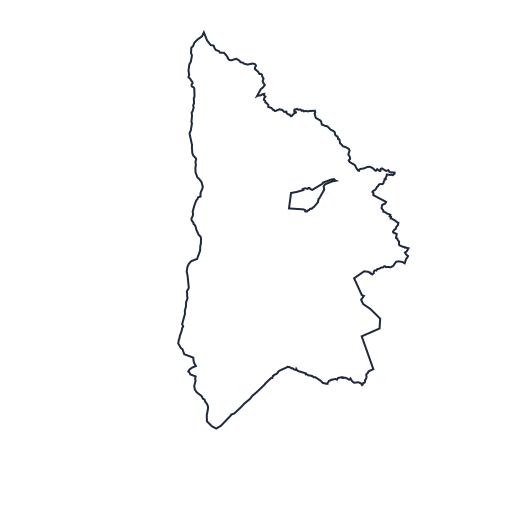 the district of Hwange, Matabeleland North, Zimbabwe, rotated 29°
{"feature_id": "62879985B77670672881921", "entity_name": "Hwange", "entity_type": "district", "adm_level": 2, "iso_a3": "ZWE", "parent_name": "Zimbabwe", "parent_adm1": "Matabeleland North", "projection": "robinson", "projection_center": [26.512, -18.839], "detail": "fine", "context": "isolated", "style": "outline", "palette": "slate", "viewbox_px": 512, "rotation_deg": 29, "n_neighbors": 0, "source": "geoboundaries", "source_scale": "gbopen_adm2", "svg_char_len": 6114}
<svg xmlns="http://www.w3.org/2000/svg" viewBox="0 0 512 512"><g transform="rotate(29 256 256)"><path d="M336.8,115.8L332.8,117.7L331.8,117.7L330.1,116.8L329.0,118.2L328.0,118.6L323.7,118.3L322.8,119.5L323.6,121.1L323.5,121.4L322.8,121.7L319.9,121.3L319.7,123.1L319.2,123.5L315.0,122.5L311.9,122.9L309.8,124.7L307.9,127.1L305.3,129.1L304.4,130.4L304.8,131.5L304.2,131.8L301.7,130.8L298.5,128.6L292.5,128.4L290.9,127.7L290.7,127.1L291.3,125.8L291.2,125.3L289.8,123.7L287.5,122.4L286.8,118.6L285.5,117.4L282.7,117.2L278.7,117.9L277.0,117.1L274.9,116.7L272.8,114.0L272.0,113.5L271.0,113.8L269.5,112.0L268.2,112.1L266.5,111.6L265.0,109.7L263.7,109.2L259.9,109.3L255.6,108.0L252.9,108.8L251.1,108.8L250.0,109.2L247.7,106.8L246.7,106.3L241.3,106.2L238.2,103.1L238.3,101.8L237.1,100.4L232.9,103.0L231.0,104.5L229.0,105.0L227.8,106.3L226.4,105.9L225.5,106.9L224.1,106.3L221.5,107.7L220.7,107.4L219.5,108.7L219.0,108.8L218.7,109.3L219.1,110.7L219.7,111.0L221.1,110.8L221.4,111.2L219.9,113.1L220.0,114.2L219.4,115.3L219.4,116.2L218.7,116.9L216.8,116.0L216.0,116.5L213.6,116.3L212.5,115.0L211.0,116.3L208.0,115.5L206.9,116.0L205.5,116.2L202.9,119.5L201.9,120.1L200.5,119.5L199.8,119.9L197.8,119.0L194.5,119.7L193.6,118.0L190.8,117.0L189.8,117.2L188.9,115.9L187.2,115.6L186.6,114.0L187.0,112.1L185.0,111.6L184.6,110.2L183.2,111.4L182.2,113.3L179.9,114.8L179.4,115.6L179.3,107.7L180.4,105.1L180.8,102.1L178.7,101.2L177.0,99.8L176.6,97.2L174.6,96.1L173.3,94.6L172.2,94.3L170.7,95.1L168.5,93.8L164.4,93.0L163.7,91.5L163.8,89.6L162.7,88.9L161.5,88.7L159.6,89.4L155.9,92.6L152.4,93.6L150.8,93.3L148.4,94.0L146.9,93.2L143.0,93.1L139.8,96.6L137.6,97.5L135.5,96.8L135.4,96.3L132.9,95.0L129.5,93.8L126.0,95.6L124.3,94.8L120.9,95.3L118.7,94.1L117.0,92.5L114.1,93.5L108.7,91.2L102.0,85.7L102.3,90.0L100.0,94.8L98.7,99.2L99.2,103.1L98.5,104.7L98.6,105.5L100.6,109.7L101.6,110.8L102.4,111.2L102.9,112.0L104.8,117.7L104.8,120.7L107.1,126.6L109.7,129.9L110.2,132.3L112.1,132.8L116.2,134.8L116.7,135.6L116.6,137.5L117.1,138.3L117.9,138.8L119.9,138.8L120.8,139.4L124.2,145.1L125.0,146.7L125.1,148.1L127.8,152.6L127.9,154.2L128.3,155.1L129.5,156.3L130.4,160.4L130.2,161.7L132.1,164.5L134.6,170.2L135.7,171.0L138.2,178.2L138.2,179.9L138.7,181.4L146.3,190.0L147.3,192.1L150.5,197.0L152.6,198.6L155.8,199.6L156.7,200.2L157.4,203.0L159.1,205.2L160.3,208.4L162.7,212.3L166.7,215.7L168.7,216.1L172.4,217.7L175.7,221.0L176.4,222.8L176.8,227.1L177.9,229.9L178.7,230.9L176.9,232.8L177.2,234.5L176.8,236.4L177.6,241.7L179.1,247.9L180.9,250.3L181.4,252.9L181.3,254.0L181.8,255.4L183.4,256.6L184.7,256.9L185.9,258.3L187.1,258.4L188.6,259.3L191.4,262.2L195.8,265.4L197.8,265.8L198.5,266.3L199.4,267.3L201.9,272.1L202.3,274.0L204.5,278.4L205.9,287.1L201.8,292.0L201.1,295.2L201.2,298.3L201.6,299.5L202.9,303.2L205.7,306.4L212.3,315.9L212.7,316.8L212.7,320.5L214.4,322.8L215.1,324.4L216.5,325.9L217.3,330.3L219.3,334.4L220.3,338.4L221.9,341.0L224.4,351.3L226.5,353.0L226.4,354.7L227.3,357.7L228.2,363.3L228.8,364.3L229.1,366.5L230.3,370.1L234.2,372.5L235.6,373.1L236.8,373.1L240.9,376.7L250.4,375.3L252.4,378.2L253.8,379.6L256.8,381.4L254.4,384.3L252.9,387.5L252.8,389.9L254.2,390.1L255.9,391.4L261.6,390.6L262.3,392.9L263.6,394.3L265.0,399.7L267.3,402.5L270.3,404.0L275.8,404.8L277.0,405.2L278.5,406.5L280.6,406.5L282.1,408.0L284.9,409.2L287.1,411.0L288.1,413.0L290.2,419.3L293.3,424.4L300.0,426.3L304.9,426.2L307.7,421.3L311.4,407.2L311.2,406.7L313.3,404.4L316.1,395.7L317.2,391.2L320.1,383.7L320.4,380.6L322.5,375.1L326.0,363.9L325.9,363.3L328.2,355.7L329.4,354.8L328.9,352.8L329.4,352.2L329.4,351.3L331.0,349.4L331.6,347.6L331.5,346.4L332.6,344.2L336.7,338.8L337.4,337.5L338.2,337.5L338.8,336.9L341.8,337.0L342.5,336.4L344.2,336.8L346.5,336.2L346.2,335.4L347.4,336.1L348.7,336.2L356.0,334.6L356.7,335.2L357.0,334.6L357.9,334.9L359.9,335.0L361.8,334.0L362.8,334.1L363.3,333.7L365.3,334.1L366.4,333.3L372.8,333.7L376.3,334.7L377.3,334.1L379.3,333.8L380.5,333.1L380.1,332.4L380.4,331.2L380.4,329.8L381.8,328.2L381.7,327.9L385.2,325.0L386.8,324.9L386.9,322.9L389.8,320.4L390.6,320.1L390.7,320.7L391.1,320.6L393.1,319.1L395.6,318.9L396.7,319.2L397.8,318.7L398.0,317.3L400.3,318.7L402.5,319.3L403.6,319.1L406.5,316.9L409.5,316.5L411.4,317.5L411.6,317.1L411.4,315.1L412.3,314.2L412.3,313.1L411.6,311.8L411.8,309.9L411.0,307.6L410.1,306.7L409.9,305.8L410.6,303.5L410.3,302.7L410.5,302.1L413.5,298.1L387.4,275.0L399.2,259.5L395.0,250.6L381.8,246.9L373.1,246.1L369.2,243.4L369.7,238.6L367.5,238.9L352.6,227.9L358.0,217.0L362.1,215.3L363.6,215.6L364.2,215.1L364.8,215.7L366.7,215.7L367.3,214.1L366.6,212.5L366.7,211.3L367.4,210.7L368.4,210.3L368.4,208.7L369.8,207.6L371.0,205.5L372.5,204.5L373.1,202.9L373.8,202.4L374.8,202.8L377.5,201.2L379.0,200.8L380.8,198.3L381.3,193.2L383.2,191.6L386.7,190.3L389.6,190.3L388.8,186.3L389.1,182.8L389.0,182.3L386.6,181.9L384.6,180.8L385.6,178.7L385.6,175.3L383.0,176.0L382.3,176.5L381.6,176.1L380.3,176.7L376.1,177.1L375.2,176.2L374.2,174.1L371.6,173.0L371.1,172.2L369.6,172.3L368.4,168.5L366.1,168.7L365.8,169.0L364.3,168.7L364.0,168.2L364.2,166.1L365.1,164.6L364.6,162.5L365.2,160.1L364.4,157.9L363.2,158.1L359.4,157.4L358.0,157.7L356.5,157.4L355.6,157.8L355.0,156.2L353.7,156.5L353.5,154.8L350.3,155.3L347.6,155.1L345.9,155.5L345.3,154.5L342.6,153.3L341.6,150.1L343.6,147.4L343.5,145.6L329.1,145.9L328.4,144.2L326.8,143.6L326.8,142.7L328.1,140.4L328.4,139.2L328.3,137.0L328.9,135.8L328.8,134.1L329.3,133.2L331.7,131.8L332.0,131.2L332.1,130.0L331.6,129.1L331.8,127.3L331.2,126.4L332.2,125.6L331.5,124.9L331.5,122.9L330.9,121.3L334.4,119.9L335.2,119.2L336.5,119.0L337.3,116.8L336.8,115.8ZM279.2,160.4L279.0,159.4L284.7,152.7L287.0,150.9L288.3,151.5L289.4,151.4L286.3,154.0L281.7,159.8L281.5,162.4L283.5,164.9L283.4,175.1L283.0,175.8L283.5,176.8L283.5,177.7L284.2,178.7L282.8,185.4L282.0,186.4L282.1,187.1L281.7,187.8L280.4,188.5L280.1,190.1L279.1,191.3L279.1,192.2L278.1,193.0L277.4,193.1L276.8,192.0L274.7,192.3L261.8,198.4L256.1,183.9L260.6,180.2L265.4,175.4L264.5,174.7L266.2,172.9L268.3,172.4L268.7,172.0L268.9,170.9L269.8,170.5L270.2,171.0L273.1,171.0L279.2,160.4Z" fill="none" stroke="#1e293b" stroke-width="2"/></g></svg>